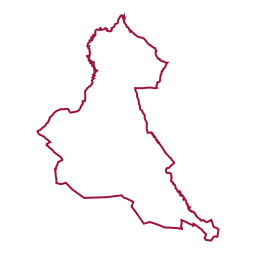 Momba, Mbeya, United Republic of Tanzania
{"feature_id": "72390352B95240342657452", "entity_name": "Momba", "entity_type": "district", "adm_level": 2, "iso_a3": "TZA", "parent_name": "United Republic of Tanzania", "parent_adm1": "Mbeya", "projection": "orthographic", "projection_center": [32.491, -8.789], "detail": "fine", "context": "isolated", "style": "outline", "palette": "rose", "viewbox_px": 256, "rotation_deg": 0, "n_neighbors": 0, "source": "geoboundaries", "source_scale": "gbopen_adm2", "svg_char_len": 5701}
<svg xmlns="http://www.w3.org/2000/svg" viewBox="0 0 256 256"><path d="M56.4,179.0L56.4,183.1L61.2,184.1L65.9,182.8L72.2,189.4L84.1,197.9L106.6,197.2L121.6,195.3L124.1,197.9L126.0,198.2L133.3,201.9L131.6,206.6L135.5,211.7L143.8,223.6L150.0,222.0L158.3,224.8L164.5,227.4L177.1,228.1L181.9,228.9L181.9,227.8L181.1,226.8L181.1,226.3L181.6,223.6L181.4,220.0L181.8,220.0L182.2,220.4L184.5,221.4L185.3,221.7L185.7,221.6L188.1,223.2L192.5,225.1L193.1,226.0L193.3,225.9L193.6,225.3L193.5,223.7L193.8,223.8L201.2,229.2L204.0,232.3L206.0,234.1L206.0,234.7L204.6,238.2L206.0,239.9L211.0,240.6L211.2,240.2L212.1,239.3L212.7,238.0L213.6,236.9L215.4,236.4L216.3,236.8L217.4,236.7L218.5,229.1L216.6,228.0L214.1,227.2L213.4,226.3L212.4,222.9L211.2,219.9L210.0,220.8L208.6,221.3L207.4,222.1L206.4,222.2L205.3,221.3L204.7,221.2L204.0,220.4L203.2,220.1L202.0,220.5L201.2,220.5L200.9,220.2L200.5,220.3L199.9,219.0L197.6,217.5L197.1,216.5L196.1,215.9L195.8,214.8L195.1,214.4L194.8,212.9L193.7,212.4L193.0,211.5L192.1,211.9L191.5,211.7L191.1,211.0L190.8,211.2L190.0,210.7L189.9,210.2L189.5,210.2L189.0,209.7L188.8,209.2L189.1,208.7L188.6,208.8L188.4,208.5L189.4,207.4L188.9,207.4L188.8,207.1L188.4,207.4L187.8,206.5L188.1,206.1L187.6,205.6L187.7,204.6L187.6,204.3L187.1,204.2L187.3,203.8L186.4,202.8L185.9,200.5L184.8,199.0L184.1,199.2L183.7,199.8L183.5,199.6L183.3,199.2L183.9,197.7L183.7,197.0L182.4,196.0L182.5,195.3L181.9,195.1L181.3,195.6L180.8,194.9L180.4,195.0L180.7,194.0L179.9,193.8L180.1,193.4L179.9,193.1L180.1,193.1L180.3,192.6L180.0,192.6L179.8,191.8L179.3,191.6L179.3,191.2L178.3,191.9L177.7,191.6L176.8,189.4L176.2,188.7L175.6,188.5L175.6,187.7L175.0,185.2L174.3,184.3L173.7,184.5L173.0,183.6L173.0,182.6L172.6,182.4L172.4,181.9L171.4,181.5L171.0,180.9L171.0,180.1L171.6,178.8L171.6,177.9L171.3,177.4L171.5,177.0L171.2,175.5L171.3,174.9L170.9,174.3L170.8,173.4L169.3,172.9L166.9,172.9L166.1,172.0L166.0,169.7L166.8,168.2L168.7,168.0L170.4,166.1L173.6,163.5L174.0,163.0L173.9,162.2L171.9,160.0L170.8,158.0L170.3,158.1L166.5,153.8L165.8,153.4L165.4,152.2L164.6,151.7L164.6,151.3L160.4,144.9L159.2,143.5L159.1,142.9L158.6,143.0L158.1,142.7L158.0,141.4L157.8,141.3L157.5,141.7L157.1,140.5L156.9,140.6L156.7,140.2L156.2,140.0L156.4,139.5L155.6,138.6L155.3,137.2L154.0,137.1L153.9,136.7L154.3,136.0L154.1,135.7L153.5,135.7L153.1,135.5L153.1,134.3L152.3,134.2L152.5,133.6L152.3,133.1L151.7,133.1L151.3,132.5L150.8,132.3L149.0,132.8L148.3,132.5L147.7,132.7L146.6,128.4L146.9,126.9L146.5,125.3L147.0,124.2L146.8,122.8L144.8,118.7L144.6,115.0L142.7,112.7L142.4,111.0L140.7,109.7L140.0,108.9L139.9,106.1L139.0,103.6L138.5,100.0L137.1,96.6L137.0,93.5L136.0,91.7L135.5,90.3L135.2,88.1L143.4,88.2L146.6,87.7L151.2,87.6L154.7,88.3L157.0,87.8L156.5,87.2L156.3,85.8L157.3,84.4L157.2,83.2L157.5,82.2L159.3,81.9L160.2,80.4L160.2,77.3L160.6,76.2L160.5,75.2L161.6,73.6L161.4,73.0L161.6,71.5L162.1,70.9L162.4,71.0L163.1,70.0L163.3,68.8L164.2,68.3L164.9,67.4L166.8,63.4L167.4,62.7L165.7,62.7L163.8,61.5L163.4,61.7L162.4,61.3L160.1,60.1L159.6,58.9L158.8,59.1L157.6,58.0L155.6,54.3L155.7,51.9L156.5,50.9L155.6,50.1L155.2,48.2L153.4,47.6L152.0,46.4L151.0,46.0L150.7,45.2L149.5,44.9L148.3,44.0L144.7,39.3L143.5,38.3L140.6,37.4L139.0,37.2L137.8,36.6L134.7,34.4L131.7,31.5L130.4,32.0L130.3,31.7L131.1,31.5L131.0,30.8L129.7,30.7L129.7,29.6L128.9,29.2L128.6,27.9L128.0,27.6L127.7,27.1L126.8,27.0L126.6,26.1L125.1,23.7L125.0,23.2L124.6,22.6L124.1,22.4L123.7,20.1L124.0,20.2L124.6,19.7L124.2,18.6L124.9,17.4L124.4,17.3L124.1,17.6L123.5,17.6L124.0,17.0L123.9,15.8L123.5,16.5L122.5,16.7L122.1,15.5L121.3,15.4L120.1,16.4L119.2,18.6L118.5,18.9L117.8,22.8L116.7,23.7L115.0,24.2L114.6,25.6L113.6,26.8L113.6,27.3L112.5,27.9L112.0,27.8L111.5,28.2L111.8,30.0L111.0,31.1L109.7,31.4L108.6,30.9L106.9,30.7L106.6,29.6L107.0,29.0L105.4,28.1L104.2,29.3L102.3,29.6L101.3,30.0L100.8,28.4L100.3,28.0L99.6,29.6L98.9,30.1L97.9,29.4L96.9,29.6L95.6,30.4L95.3,31.7L95.4,35.2L95.0,35.7L94.6,35.7L94.4,35.6L94.5,34.6L93.3,34.7L92.5,36.9L92.6,37.2L93.4,37.4L93.2,38.0L92.7,38.1L91.8,37.1L91.2,37.3L91.3,38.4L92.4,39.3L92.2,40.2L91.8,40.6L90.0,40.2L89.5,40.4L89.8,42.2L88.3,42.9L87.3,46.1L87.9,46.7L89.1,46.3L88.9,46.9L88.2,47.7L88.6,48.6L89.5,48.9L89.7,50.8L89.4,51.4L90.0,52.6L89.6,54.8L88.1,56.3L87.1,56.0L87.1,56.6L88.0,57.1L89.4,56.4L89.3,56.9L88.3,57.6L89.4,59.2L88.7,59.6L88.6,60.2L89.4,61.1L89.9,60.3L91.0,60.9L91.0,62.7L90.5,62.7L90.4,63.2L91.4,63.3L91.8,62.1L92.2,61.9L93.5,62.2L93.1,62.8L93.8,63.5L93.7,65.4L93.4,65.8L92.6,65.2L92.1,65.3L92.1,65.7L93.0,66.4L94.1,66.5L94.7,67.5L94.6,67.8L94.0,68.0L94.1,68.7L95.0,68.9L95.1,69.1L94.2,69.9L94.4,70.8L94.8,70.9L96.1,70.2L97.0,70.3L97.2,70.7L96.4,71.1L94.8,73.1L94.0,73.2L93.8,73.8L94.3,74.5L93.2,74.8L93.4,75.8L94.0,75.6L94.5,75.9L94.2,76.1L93.2,76.2L92.4,77.3L92.8,78.2L93.4,77.9L94.1,78.4L93.7,78.7L92.7,78.7L92.6,79.5L91.8,80.6L91.9,80.9L92.6,81.6L92.4,83.2L91.7,83.7L91.7,84.5L90.3,86.1L89.1,86.5L88.5,87.4L87.2,88.2L86.7,89.3L85.0,91.2L85.3,96.9L85.1,100.7L84.3,101.4L82.9,101.1L83.0,101.9L82.5,102.7L82.8,103.5L82.6,104.5L81.4,105.4L80.8,107.2L79.8,109.0L78.4,110.7L77.5,110.9L76.7,111.5L71.0,112.6L70.5,112.6L69.4,111.6L68.9,110.7L68.7,109.7L67.7,108.9L67.0,108.8L63.0,109.3L60.8,109.2L56.9,110.8L54.1,112.8L52.3,115.4L50.1,117.1L49.1,119.5L49.3,119.5L47.8,122.6L47.2,122.7L45.1,125.8L42.1,128.1L40.9,129.4L39.2,130.5L37.8,130.9L37.5,131.2L38.1,132.9L39.1,134.3L43.8,136.5L45.1,137.6L45.5,138.5L46.8,139.0L49.9,141.8L49.5,141.8L48.5,143.2L46.8,144.0L46.6,145.2L47.1,145.6L47.3,145.5L50.1,148.2L51.6,149.2L53.9,152.0L60.6,157.0L62.3,159.4L62.2,160.1L58.2,162.0L57.2,165.2L56.3,166.4L55.8,169.2L55.1,169.0L55.0,169.9L55.5,171.8L55.7,175.7L56.4,179.0Z" fill="none" stroke="#9f1239" stroke-width="2"/></svg>